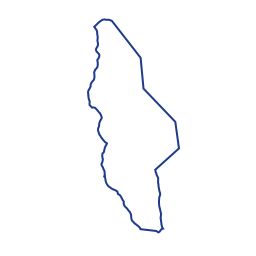 Champen Estate, Anse-la-Raye, Saint Lucia, rotated 230°
{"feature_id": "8701671B64921834857972", "entity_name": "Champen Estate", "entity_type": "district", "adm_level": 2, "iso_a3": "LCA", "parent_name": "Saint Lucia", "parent_adm1": "Anse-la-Raye", "projection": "robinson", "projection_center": [-61.03, 13.936], "detail": "fine", "context": "isolated", "style": "outline", "palette": "blue", "viewbox_px": 256, "rotation_deg": 230, "n_neighbors": 0, "source": "geoboundaries", "source_scale": "gbopen_adm2", "svg_char_len": 3850}
<svg xmlns="http://www.w3.org/2000/svg" viewBox="0 0 256 256"><g transform="rotate(230 128 128)"><path d="M42.5,72.5L31.0,83.4L28.5,84.2L28.4,84.4L28.4,84.5L28.3,85.6L28.6,86.7L28.8,87.6L28.9,88.4L28.9,88.9L28.7,89.4L28.6,89.7L28.4,90.1L28.6,90.1L30.1,90.4L31.5,91.1L32.9,91.8L34.1,92.7L35.5,93.5L37.0,94.5L38.0,95.0L39.1,96.2L40.2,97.4L41.1,98.2L42.7,99.0L44.4,99.9L45.8,100.6L48.4,101.9L50.1,103.2L50.9,103.8L51.4,104.2L52.6,105.2L53.8,106.5L54.5,107.0L55.0,107.7L55.2,108.2L55.6,108.8L56.5,110.1L57.4,110.6L57.7,110.8L57.9,110.9L58.2,111.0L58.9,111.3L59.8,111.7L62.2,113.1L63.7,113.9L65.0,114.9L66.0,115.5L66.4,115.7L66.6,115.8L67.7,116.7L68.4,117.3L69.1,117.9L69.6,118.4L70.3,118.9L71.3,119.2L72.8,119.6L74.1,120.0L75.3,120.5L76.7,121.1L78.3,121.9L78.5,122.0L79.6,154.0L79.9,154.1L102.3,168.2L148.2,165.2L154.7,169.7L173.7,182.8L220.4,184.5L223.2,183.0L224.5,181.3L226.2,179.8L227.4,177.9L227.7,173.8L227.4,170.1L227.2,167.4L227.2,167.2L226.5,167.1L226.0,167.1L225.6,167.1L225.3,167.0L224.6,167.0L224.1,166.9L223.7,167.0L223.3,166.9L222.8,166.6L222.4,166.5L222.0,166.4L221.7,166.2L221.1,165.9L220.8,165.6L220.5,165.4L220.2,165.1L219.7,164.8L219.4,164.5L219.0,164.3L218.5,164.1L217.9,163.8L217.6,163.6L217.2,163.4L216.8,162.9L216.3,162.4L215.7,161.9L214.9,161.0L213.9,160.3L212.9,159.8L211.9,159.2L210.9,158.3L210.4,157.8L210.1,156.8L209.6,155.6L209.2,154.6L208.6,153.7L207.8,153.4L206.7,153.1L205.5,153.2L204.2,153.2L203.3,153.3L202.3,153.0L201.1,151.8L200.7,150.9L200.2,150.0L200.1,149.4L199.8,148.2L199.5,147.9L198.7,147.5L197.5,146.8L196.1,145.7L195.0,144.5L194.3,143.6L194.0,142.3L193.8,141.4L193.7,140.3L193.1,139.1L192.5,138.0L191.6,137.3L190.0,136.2L188.4,134.9L187.4,133.7L186.9,132.8L186.7,131.9L186.6,130.9L186.4,129.9L185.9,128.5L185.4,127.5L185.0,127.1L183.9,126.1L183.3,124.9L183.0,124.2L182.6,123.0L181.9,121.4L181.2,120.5L179.8,119.5L178.2,118.5L178.2,118.3L176.6,117.3L175.1,116.4L174.4,116.2L173.4,116.0L172.3,115.1L171.3,114.1L170.4,113.4L166.7,113.6L166.4,114.2L165.8,114.9L165.3,115.3L164.6,115.7L163.6,115.8L162.5,115.9L161.3,115.9L160.4,115.9L159.5,115.9L158.3,115.9L157.4,116.0L156.8,115.9L155.9,115.7L154.9,115.4L153.9,115.1L153.7,115.0L153.2,114.8L152.8,114.5L152.7,114.3L152.4,114.1L152.2,113.7L151.9,112.8L151.7,112.3L151.4,111.3L150.5,109.7L149.9,108.8L149.8,108.7L149.4,108.3L148.9,107.9L148.1,107.1L147.6,106.3L147.4,105.7L146.7,104.7L146.1,104.1L145.3,103.4L144.3,103.0L143.5,102.7L143.0,102.5L142.5,102.3L141.9,102.0L140.8,101.8L140.2,101.8L139.3,101.7L138.1,101.4L137.3,101.4L136.5,101.4L135.3,101.3L133.9,101.4L132.5,101.3L131.5,101.5L130.5,101.8L130.0,102.0L129.8,102.0L129.6,101.8L129.5,101.4L129.1,100.7L128.7,99.6L128.2,98.4L127.7,97.5L127.1,96.7L126.6,96.0L126.0,95.2L125.3,94.4L125.0,93.8L124.9,93.4L124.9,92.7L124.9,92.3L124.7,91.9L124.3,91.4L123.6,90.7L123.0,90.2L122.5,89.9L121.7,89.4L121.0,89.0L120.3,88.7L119.7,88.0L119.1,87.4L118.6,86.7L118.2,86.2L117.9,85.5L117.6,84.9L117.5,84.5L117.1,84.2L116.4,83.9L115.9,83.7L115.0,83.6L113.9,83.4L113.2,83.2L112.2,82.8L111.5,82.6L110.6,82.5L109.9,82.1L109.1,81.6L107.9,80.7L107.2,80.2L107.0,79.9L107.0,80.1L105.0,78.7L103.9,78.1L102.5,77.3L101.4,76.6L100.0,76.1L98.8,75.8L97.1,75.6L95.8,75.6L94.3,76.0L92.6,76.4L91.0,76.9L89.7,77.7L88.4,78.3L87.4,78.7L86.3,78.9L85.7,78.9L85.1,78.6L84.7,78.2L84.0,77.9L83.5,78.0L83.1,78.2L82.3,78.5L81.0,78.6L79.8,78.4L78.5,78.2L77.2,77.8L76.6,77.7L76.3,77.6L75.6,77.6L74.6,77.5L74.1,77.3L73.8,77.0L73.5,76.8L73.1,76.3L72.4,75.8L71.8,75.6L71.2,75.4L70.3,75.3L69.1,75.2L68.4,75.3L67.5,75.5L66.7,75.5L66.3,75.5L66.1,75.5L65.8,75.5L65.7,75.5L65.4,75.4L64.9,75.4L64.1,75.3L63.4,75.4L62.5,75.4L59.9,74.7L59.6,74.6L59.0,74.1L58.4,73.7L57.5,73.1L56.4,72.3L56.1,72.2L55.0,71.7L53.9,71.5L52.5,71.8L51.2,71.7L50.1,71.9L50.0,72.0L49.4,72.1L46.5,72.7L44.2,73.0L43.0,72.8L42.5,72.5Z" fill="none" stroke="#1e3a8a" stroke-width="2"/></g></svg>